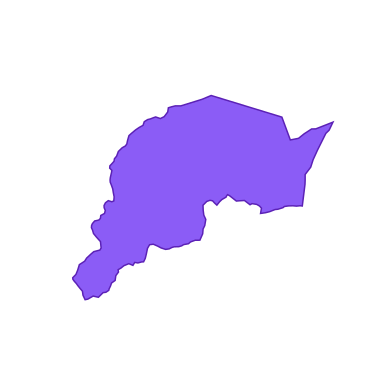 the district of Parekklisia, Limassol, Cyprus, rotated 48°
{"feature_id": "46923920B53591306879990", "entity_name": "Parekklisia", "entity_type": "district", "adm_level": 2, "iso_a3": "CYP", "parent_name": "Cyprus", "parent_adm1": "Limassol", "projection": "albers", "projection_center": [33.161, 34.755], "detail": "fine", "context": "isolated", "style": "filled", "palette": "violet", "viewbox_px": 384, "rotation_deg": 48, "n_neighbors": 0, "source": "geoboundaries", "source_scale": "gbopen_adm2", "svg_char_len": 2219}
<svg xmlns="http://www.w3.org/2000/svg" viewBox="0 0 384 384"><g transform="rotate(48 192 192)"><path d="M234.4,40.5L227.9,57.8L225.2,60.9L223.8,69.7L223.4,76.9L219.1,84.1L196.5,75.1L133.1,113.2L129.8,122.6L120.5,142.7L116.8,146.8L115.0,150.2L113.6,153.2L116.3,156.5L117.4,162.3L116.2,166.4L111.9,168.8L111.0,170.9L109.8,174.1L108.5,176.5L107.8,180.4L109.7,183.8L108.7,188.0L108.1,192.4L107.9,198.0L107.9,201.1L110.5,205.3L112.7,208.3L113.2,210.7L112.4,214.3L112.6,219.6L114.9,224.0L115.4,227.4L117.0,229.4L117.4,233.0L117.6,235.5L119.2,237.2L122.3,237.1L123.8,239.0L126.6,243.0L128.2,244.8L130.0,246.2L133.2,247.4L136.6,248.8L139.8,250.9L143.5,253.1L146.3,256.1L145.6,258.1L142.4,260.0L142.1,263.5L143.2,266.4L144.9,267.8L147.7,268.8L149.4,271.4L148.4,275.5L150.3,277.7L150.5,279.8L150.0,280.9L148.4,283.7L148.8,287.0L149.6,288.9L151.2,290.6L153.7,291.4L157.0,293.0L161.9,293.2L167.6,293.2L172.8,297.0L173.5,299.3L170.6,304.9L170.5,308.9L170.6,314.5L171.6,318.1L170.6,324.3L173.6,329.3L175.6,333.4L175.9,338.0L177.1,338.9L179.5,339.2L182.6,339.2L185.3,339.5L188.6,339.7L192.4,339.8L195.8,342.1L200.5,343.5L201.9,341.1L203.2,335.1L207.6,332.0L207.3,325.4L208.9,323.1L209.4,319.7L208.5,318.3L207.3,315.4L205.8,312.7L206.3,308.3L203.2,304.6L202.3,300.2L200.3,298.9L201.0,295.7L201.2,291.9L203.0,286.9L207.0,285.0L206.0,281.7L208.5,279.7L210.3,276.2L211.5,274.7L210.1,271.2L207.5,267.4L204.1,262.8L202.8,258.8L204.9,255.7L209.3,253.7L212.9,252.4L217.0,250.0L219.0,247.0L219.8,244.0L220.8,241.9L223.8,238.4L225.1,235.7L225.5,233.4L228.1,229.2L228.1,226.6L230.0,221.9L233.1,218.4L230.2,212.0L226.9,208.5L225.5,205.0L221.6,200.1L217.1,198.7L213.2,196.0L209.2,192.7L208.9,187.3L210.2,184.2L212.3,182.6L215.2,182.6L218.4,182.3L217.7,178.0L217.6,174.8L218.2,172.0L218.6,170.1L218.1,169.1L217.8,167.3L219.8,166.6L223.1,166.0L228.4,165.1L229.9,163.1L233.4,158.7L240.3,157.4L240.8,155.2L244.5,152.2L247.6,151.2L250.5,151.2L253.8,155.4L256.6,151.2L258.6,147.4L260.6,142.0L262.3,139.7L264.5,134.9L264.6,133.0L266.9,129.6L269.7,126.3L272.4,123.8L274.6,120.8L276.2,119.4L261.9,102.9L258.8,99.9L254.7,96.2L253.0,87.2L249.0,80.3L244.8,70.6L238.0,53.3L237.8,48.7L234.4,40.5Z" fill="#8b5cf6" stroke="#5b21b6" stroke-width="1.5"/></g></svg>